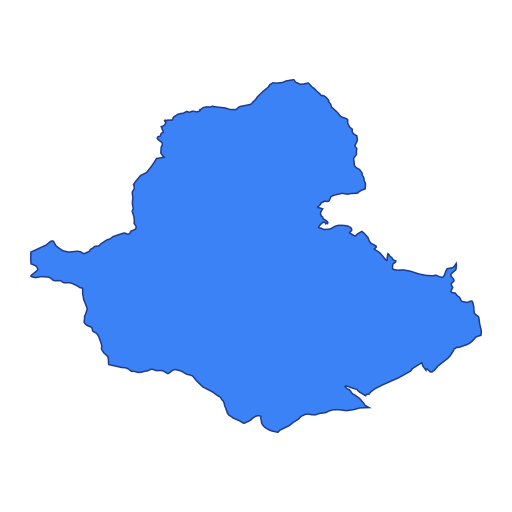 the district of Provita De Jos, Prahova, Romania
{"feature_id": "2599482B19727908456593", "entity_name": "Provita De Jos", "entity_type": "district", "adm_level": 2, "iso_a3": "ROU", "parent_name": "Romania", "parent_adm1": "Prahova", "projection": "natural_earth1", "projection_center": [25.674, 45.11], "detail": "fine", "context": "isolated", "style": "filled", "palette": "blue", "viewbox_px": 512, "rotation_deg": 0, "n_neighbors": 0, "source": "geoboundaries", "source_scale": "gbopen_adm2", "svg_char_len": 6034}
<svg xmlns="http://www.w3.org/2000/svg" viewBox="0 0 512 512"><path d="M277.9,432.3L280.0,430.1L289.1,425.7L293.4,422.3L298.9,418.8L300.5,416.9L301.6,416.1L305.3,414.4L307.8,414.0L310.9,414.6L315.1,414.9L319.7,413.4L325.8,412.6L328.6,411.1L332.8,409.8L339.1,409.7L346.2,410.7L353.5,409.7L359.8,407.9L369.1,407.6L365.0,405.3L363.6,403.1L359.7,398.6L354.7,394.9L352.4,393.8L350.0,390.4L348.9,389.4L347.1,388.8L345.0,386.6L345.6,386.0L348.1,386.4L350.8,387.5L357.3,389.6L357.9,390.7L359.1,391.8L365.6,395.7L365.8,395.2L366.4,394.6L369.1,394.0L370.7,392.0L374.6,388.9L382.3,385.0L398.9,377.6L410.3,371.2L411.8,369.6L411.9,368.9L421.7,362.7L423.0,366.2L425.9,370.2L426.0,369.1L427.0,368.9L430.2,371.8L431.9,372.0L433.2,370.9L434.5,370.2L438.0,366.0L447.8,358.3L449.9,356.1L452.7,351.9L454.1,349.0L455.4,348.4L456.6,347.3L457.9,347.5L459.4,347.2L466.6,344.7L469.2,343.5L472.0,341.4L476.0,337.0L478.5,336.0L480.9,335.4L481.2,333.3L481.3,330.9L479.6,323.6L478.8,317.3L478.1,316.3L475.5,314.5L474.3,312.9L473.8,309.0L473.9,307.4L472.8,302.5L472.1,301.2L470.9,301.0L467.1,302.5L461.9,301.4L461.3,300.8L459.7,297.6L456.7,295.1L455.4,293.2L455.0,293.0L452.0,292.6L451.1,291.9L451.2,290.4L452.7,287.7L452.7,287.3L451.3,284.9L451.3,284.0L451.8,283.0L453.9,281.1L454.0,280.2L453.4,278.9L451.2,276.3L450.8,274.9L451.5,273.6L455.9,269.7L456.4,265.4L456.2,263.5L454.1,266.5L452.6,267.7L447.2,268.7L446.0,270.7L444.8,274.1L443.4,276.8L442.1,277.4L439.4,276.7L436.0,275.2L434.5,275.3L433.6,275.9L425.6,275.3L419.0,274.0L410.1,271.1L403.3,269.9L398.1,270.2L394.6,269.7L392.6,269.0L392.6,264.9L393.2,263.8L395.6,262.1L395.8,260.8L393.5,260.1L392.0,257.9L389.7,256.0L388.9,254.5L388.0,253.7L387.3,256.6L387.2,260.1L386.7,260.4L386.1,260.2L380.2,253.2L378.4,251.8L374.3,249.2L376.2,247.2L376.2,246.3L374.4,245.0L372.6,244.2L370.6,242.9L369.3,241.0L367.8,237.3L363.9,233.0L361.8,231.4L357.3,234.0L355.1,236.2L349.6,232.9L349.5,232.6L351.7,230.4L351.7,229.1L350.7,227.6L347.6,226.0L343.8,225.4L338.8,225.3L335.5,226.1L330.0,229.1L324.1,229.5L322.0,228.8L320.8,228.0L319.2,228.0L318.6,227.4L319.3,225.9L320.4,224.6L321.9,223.2L323.5,222.1L325.1,222.5L325.7,223.8L326.5,223.3L327.5,223.6L327.9,222.4L327.2,221.5L325.8,220.3L323.3,218.9L322.5,216.9L321.7,216.7L320.6,214.1L320.5,213.1L320.9,211.8L322.6,208.7L317.8,207.5L317.8,207.0L320.6,204.3L320.9,203.2L321.4,202.6L322.6,202.4L324.2,201.2L327.4,201.5L328.9,201.0L331.1,196.5L334.3,195.1L342.2,193.3L347.5,194.2L351.3,193.5L356.6,193.3L357.7,193.0L358.7,192.0L361.0,190.5L365.2,188.8L365.5,183.9L365.2,182.8L364.1,180.6L364.1,179.1L363.5,177.2L362.2,174.9L362.1,173.1L359.5,169.5L355.9,167.5L354.6,165.8L353.6,158.9L353.9,158.0L356.5,154.3L356.4,151.7L356.8,148.4L355.2,146.6L354.9,145.7L357.3,140.7L357.3,139.3L356.8,135.7L354.8,134.8L353.0,133.2L352.1,131.4L352.4,129.8L352.2,129.1L349.7,127.2L347.9,123.6L347.6,122.3L347.8,120.1L347.6,119.6L346.3,118.6L341.5,116.9L340.3,116.0L337.5,112.5L331.4,106.9L330.6,104.1L328.4,101.5L328.8,100.9L328.6,100.2L326.2,97.4L324.0,95.9L322.2,95.4L321.9,95.8L320.8,95.1L319.4,93.3L319.1,93.3L315.9,90.3L315.2,89.3L313.9,88.6L313.9,88.2L312.6,87.5L308.6,83.3L308.0,83.0L303.8,84.0L300.3,84.3L295.3,82.0L294.1,79.9L293.5,79.7L286.4,80.9L282.3,82.5L277.2,83.1L272.7,82.9L269.9,84.6L268.2,87.2L262.9,91.5L257.3,97.0L255.3,99.9L253.6,101.3L251.4,103.8L250.1,104.5L240.2,106.5L238.6,107.2L237.3,108.4L237.1,109.0L236.0,109.5L230.5,109.6L224.9,107.9L213.8,106.7L212.6,106.2L209.9,107.1L207.0,106.8L203.1,107.6L201.3,109.2L200.0,109.5L199.8,110.0L200.1,110.6L199.7,111.0L196.9,111.9L192.9,111.2L191.6,111.4L189.2,112.4L187.3,111.5L186.5,111.5L185.7,112.1L184.3,112.5L183.8,113.2L180.2,113.6L177.7,114.4L173.9,116.8L173.2,117.8L172.3,120.1L167.6,120.1L166.7,120.5L165.1,120.1L164.6,120.6L165.0,121.5L165.7,122.0L165.8,122.5L164.9,124.8L163.3,125.9L161.2,126.7L161.8,127.8L162.0,128.9L163.3,131.6L163.3,132.3L161.9,132.9L161.2,133.5L160.2,136.2L158.0,136.7L157.2,138.1L157.5,138.9L158.5,139.9L161.6,142.3L162.1,143.0L162.3,143.7L162.2,145.2L161.2,147.0L160.8,153.0L162.3,155.3L164.2,157.2L156.6,158.5L152.0,165.6L147.1,171.9L146.0,172.8L140.5,175.6L135.6,181.5L133.4,184.8L134.2,185.8L134.2,189.1L132.5,191.5L132.2,193.1L132.9,198.3L132.5,200.5L132.4,204.0L132.8,206.3L133.3,208.3L132.2,211.2L133.9,216.7L134.4,221.3L134.1,222.4L134.1,223.4L135.8,225.8L136.3,227.3L135.2,229.4L130.8,231.2L129.9,233.4L128.6,234.1L126.9,234.0L125.1,233.1L123.4,233.1L113.2,236.5L110.1,238.9L106.9,239.9L101.2,243.6L99.2,245.6L97.6,246.2L95.4,246.3L94.3,246.6L93.1,247.9L90.5,249.5L89.0,251.5L84.8,253.4L83.3,253.5L80.5,251.8L77.5,251.2L68.7,252.1L63.2,250.8L60.7,249.4L56.3,246.1L55.3,244.7L53.8,241.8L53.1,241.1L52.4,240.9L50.5,241.4L46.4,244.9L30.9,252.1L30.7,258.2L31.0,263.6L31.1,263.9L34.7,265.3L36.1,266.2L37.0,267.2L37.8,269.2L37.4,270.1L36.2,271.3L31.3,275.3L30.9,275.7L31.1,276.4L33.2,277.2L35.7,277.6L41.2,276.6L48.7,277.1L50.5,278.0L53.2,280.3L54.9,280.7L60.5,280.7L61.1,280.9L62.6,282.2L64.1,282.8L69.5,282.7L71.9,283.3L77.7,286.1L79.9,287.7L82.2,288.0L82.6,288.5L82.7,293.6L83.6,299.1L87.2,308.5L86.9,310.0L85.7,313.8L84.6,316.1L84.5,319.3L84.1,321.1L84.2,322.4L85.0,323.7L86.9,325.4L90.2,326.7L91.9,327.7L92.4,330.3L92.9,331.1L93.7,331.8L96.5,333.3L97.7,334.8L99.0,337.3L101.3,343.8L101.8,346.5L101.4,348.4L101.9,349.8L103.8,352.9L107.0,355.7L107.9,357.1L108.4,359.4L108.5,363.2L108.8,364.6L121.7,367.5L125.7,367.8L128.6,369.1L131.4,371.4L134.0,371.3L138.0,372.4L140.5,372.4L145.5,371.1L147.2,371.0L151.1,369.2L152.3,369.2L156.1,370.6L160.8,370.5L163.2,370.9L167.5,373.5L168.6,373.4L173.1,370.0L174.5,369.6L176.3,369.7L181.0,371.0L186.9,374.3L190.5,375.1L192.7,376.0L196.5,380.8L202.8,386.9L213.4,392.4L216.5,394.9L220.5,397.3L221.6,399.4L223.2,401.0L224.1,403.0L224.8,406.1L225.7,407.9L227.3,413.0L229.2,415.4L231.3,416.5L233.0,418.0L238.9,420.5L243.3,423.1L244.2,423.3L250.2,420.4L253.8,417.3L255.7,416.3L257.7,415.7L259.9,415.8L260.9,416.5L260.8,418.1L261.8,423.6L263.5,426.0L265.6,427.9L269.6,430.2L271.9,431.0L277.9,432.3Z" fill="#3b82f6" stroke="#1e3a8a" stroke-width="1.5"/></svg>